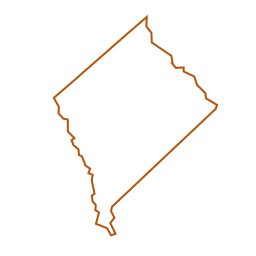 the district of East Feliciana, Louisiana, United States of America, rotated 319°
{"feature_id": "52423323B7824405482289", "entity_name": "East Feliciana", "entity_type": "district", "adm_level": 2, "iso_a3": "USA", "parent_name": "United States of America", "parent_adm1": "Louisiana", "projection": "mercator", "projection_center": [-91.101, 30.825], "detail": "fine", "context": "isolated", "style": "outline", "palette": "amber", "viewbox_px": 256, "rotation_deg": 319, "n_neighbors": 0, "source": "geoboundaries", "source_scale": "gbopen_adm2", "svg_char_len": 810}
<svg xmlns="http://www.w3.org/2000/svg" viewBox="0 0 256 256"><g transform="rotate(319 128 128)"><path d="M91.8,56.6L89.7,66.7L85.2,71.4L85.3,78.5L88.1,82.2L80.3,91.1L80.9,100.5L77.4,100.1L75.6,105.1L76.6,111.7L73.2,116.3L74.7,118.9L72.0,126.7L71.2,128.0L72.7,133.8L68.5,136.2L70.7,140.1L66.3,143.7L59.7,155.6L56.4,155.2L53.2,159.9L53.2,164.9L49.5,168.6L50.7,172.7L41.0,179.3L46.5,189.9L44.8,197.8L49.1,199.6L52.3,188.1L58.8,186.8L60.7,179.6L64.3,176.9L135.0,174.0L206.8,171.1L210.3,169.0L206.3,156.8L209.3,152.3L208.3,141.0L211.8,132.7L207.1,121.9L209.7,118.8L203.6,114.0L203.7,108.2L204.1,108.5L208.1,101.9L202.0,79.1L208.1,71.6L208.5,63.3L215.0,56.5L214.9,56.5L190.8,56.4L138.9,56.6L132.6,56.6L129.8,56.6L125.3,56.7L115.8,56.7L115.7,56.7L91.8,56.6Z" fill="none" stroke="#b45309" stroke-width="2"/></g></svg>